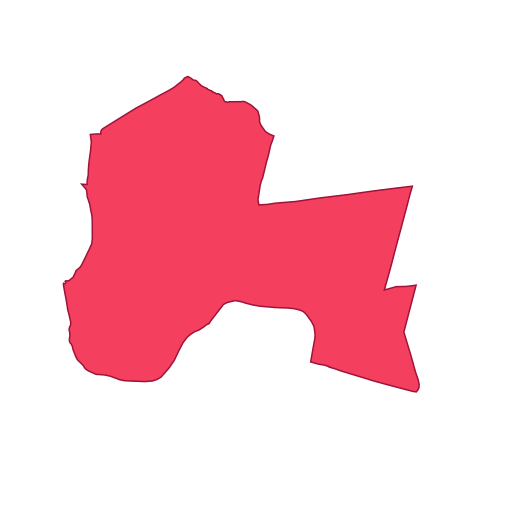 outline of Kota Tanjung Balai, Sumatera Utara, Indonesia, rotated 105°
{"feature_id": "22746128B91306693093612", "entity_name": "Kota Tanjung Balai", "entity_type": "district", "adm_level": 2, "iso_a3": "IDN", "parent_name": "Indonesia", "parent_adm1": "Sumatera Utara", "projection": "mercator", "projection_center": [99.797, 2.973], "detail": "fine", "context": "isolated", "style": "filled", "palette": "rose", "viewbox_px": 512, "rotation_deg": 105, "n_neighbors": 0, "source": "geoboundaries", "source_scale": "gbopen_adm2", "svg_char_len": 5912}
<svg xmlns="http://www.w3.org/2000/svg" viewBox="0 0 512 512"><g transform="rotate(105 256 256)"><path d="M291.8,93.2L291.3,93.5L242.7,93.8L244.6,98.1L246.6,103.3L249.3,112.6L255.6,123.2L251.2,123.1L250.5,123.6L249.8,123.2L249.7,123.2L243.3,123.1L236.6,123.0L225.3,123.0L217.7,123.1L212.4,123.1L200.0,123.1L197.2,123.1L196.3,123.1L176.6,123.1L172.1,123.1L170.2,123.1L166.2,123.1L162.9,123.2L158.9,123.2L154.7,123.2L151.9,123.1L148.1,123.0L152.9,135.1L156.6,144.2L159.1,150.3L159.6,151.7L162.1,157.7L162.3,158.3L173.3,184.2L182.9,208.1L184.2,211.2L193.0,231.6L193.1,231.8L199.2,248.9L199.7,250.3L201.1,253.6L203.1,258.1L205.9,266.4L201.1,268.7L200.9,268.7L192.4,269.6L186.2,270.3L181.0,270.2L178.9,269.8L166.7,270.1L162.2,270.2L155.4,270.1L154.3,270.1L145.2,270.5L140.1,270.0L135.4,269.8L135.0,273.5L134.8,274.3L134.8,274.6L134.6,275.1L134.1,277.0L133.8,277.8L133.3,279.1L132.9,279.7L132.8,279.9L131.8,280.9L130.8,282.3L129.8,283.3L128.8,284.5L127.7,285.6L127.3,286.0L126.3,286.6L125.7,287.1L124.0,287.8L123.9,287.8L123.0,287.9L121.9,288.3L121.0,288.6L120.6,288.8L119.6,289.3L118.4,290.0L117.9,290.3L116.5,291.1L115.4,292.0L114.8,292.9L114.3,294.0L113.7,295.2L113.1,296.6L112.2,298.0L111.8,299.2L111.2,300.7L110.9,302.2L110.7,302.8L110.6,303.3L110.3,304.6L110.1,305.6L109.9,307.1L110.1,308.8L110.9,310.6L111.4,312.5L113.4,319.8L114.0,321.9L115.0,323.2L114.7,324.2L114.8,325.0L115.0,325.6L114.8,326.4L114.1,327.1L113.6,327.5L113.2,327.7L112.9,327.9L112.5,328.3L112.0,328.7L111.1,329.7L110.8,329.9L110.0,330.5L109.8,331.3L109.5,331.8L109.4,332.0L109.4,332.6L109.3,333.0L109.2,333.3L109.1,333.7L109.0,334.2L109.1,334.5L109.2,335.2L109.4,335.5L109.5,335.8L109.6,336.1L109.6,336.3L109.4,336.6L109.1,337.5L109.0,337.9L109.0,338.7L109.2,339.4L109.1,339.5L108.9,339.7L108.5,340.0L108.5,340.5L108.5,341.1L108.3,341.3L108.2,341.5L107.9,341.8L107.9,342.3L108.0,342.8L107.9,343.5L107.7,344.2L107.5,345.6L107.3,346.1L106.9,346.3L106.8,346.9L106.3,350.4L106.2,350.7L106.1,351.0L105.7,352.8L104.3,355.3L104.1,355.8L102.9,357.6L102.0,359.2L102.2,362.5L101.3,364.2L101.2,364.6L100.3,367.7L100.4,368.1L100.5,368.7L101.4,369.8L102.1,370.3L102.3,370.7L102.4,371.0L103.0,371.4L104.3,371.7L107.6,373.8L110.0,375.7L111.4,376.7L112.1,377.2L112.5,377.5L113.8,378.4L117.3,381.7L117.9,382.3L122.4,387.0L125.4,390.3L135.0,400.3L141.4,407.2L144.1,410.1L146.3,412.2L171.9,436.2L173.5,437.5L174.3,437.8L175.5,438.1L177.0,437.9L178.3,437.4L179.5,442.0L181.5,447.5L184.9,446.0L186.5,445.5L187.5,444.9L189.7,444.3L192.6,443.9L196.4,443.2L206.4,441.9L211.2,441.2L216.3,440.2L221.4,439.0L225.2,438.8L228.3,438.3L230.5,437.6L230.7,438.3L230.9,439.0L231.1,439.8L231.2,440.5L231.4,441.3L231.6,442.0L231.7,443.0L232.5,442.0L232.9,441.2L233.4,440.3L233.9,439.7L234.6,438.8L235.0,438.2L235.4,437.6L235.9,437.1L236.3,436.8L236.9,436.5L237.6,436.2L238.3,435.9L239.0,435.6L239.7,435.3L240.7,435.0L242.1,434.5L242.6,434.3L243.2,433.9L243.8,433.5L245.1,432.5L246.1,432.0L246.9,431.5L247.7,430.9L248.3,430.4L250.6,429.3L251.1,429.1L251.6,428.9L252.1,428.6L252.5,428.3L254.1,427.7L255.0,427.3L255.7,426.8L259.7,424.9L262.8,423.8L264.8,423.2L273.9,420.7L281.3,418.7L286.5,417.8L293.3,418.9L296.7,419.6L299.5,420.1L302.1,420.6L309.6,422.1L312.6,423.1L315.6,425.3L316.9,426.1L319.5,426.3L321.8,426.9L323.7,427.0L325.9,428.7L328.5,430.5L328.5,431.3L329.1,432.4L329.2,433.5L329.9,433.8L330.6,432.9L332.1,433.2L332.4,433.8L332.2,434.8L333.1,434.8L336.0,433.5L348.0,427.8L352.8,425.6L356.6,424.0L359.8,422.1L367.7,417.9L370.9,417.2L372.8,417.7L375.1,417.6L376.5,417.1L377.9,416.2L379.2,415.8L381.6,415.0L383.7,414.9L385.7,414.5L386.4,414.2L386.5,414.2L387.9,413.2L389.0,411.6L390.9,410.0L393.9,408.4L396.6,406.4L397.0,406.1L399.6,404.2L401.6,402.5L403.0,400.8L404.0,398.8L404.6,397.8L404.7,397.6L406.8,394.1L408.2,392.9L409.3,391.3L410.3,388.3L411.7,379.9L410.1,371.6L409.8,365.6L410.7,356.4L410.8,355.0L410.4,350.2L408.5,341.4L408.4,341.3L408.0,339.5L407.1,335.5L406.8,334.1L406.7,333.7L406.2,331.2L404.8,327.3L403.5,323.6L401.1,320.0L401.0,319.8L398.9,317.7L397.9,316.7L397.6,316.5L397.4,316.3L393.4,314.3L392.3,313.7L389.9,312.6L386.7,311.0L378.2,308.0L367.0,305.9L358.5,304.0L352.4,301.5L348.4,298.8L344.9,295.5L344.5,295.0L342.5,292.2L342.4,292.1L338.6,288.6L336.9,287.2L335.1,286.0L333.7,284.0L329.1,282.4L311.3,274.9L311.0,274.6L310.0,273.6L308.4,271.8L304.5,264.7L304.3,262.7L304.1,259.7L304.0,258.8L304.0,257.0L304.1,256.1L304.2,254.1L304.2,252.6L304.1,246.2L303.9,244.0L303.7,241.6L303.6,241.0L303.5,239.5L302.2,231.9L301.4,227.7L301.1,225.8L301.1,225.3L300.9,224.6L300.3,221.9L299.1,216.4L299.1,216.2L298.9,215.7L298.8,215.2L298.5,214.0L298.2,213.1L298.2,212.7L297.7,210.1L297.6,209.8L297.6,209.4L297.3,207.2L297.0,205.5L297.0,204.3L297.0,204.1L296.9,203.4L296.9,202.7L296.9,201.9L296.9,200.9L296.9,200.5L296.9,200.1L297.0,198.5L297.1,197.9L297.3,196.8L297.3,196.7L297.6,195.8L298.0,194.7L298.4,194.1L298.6,193.6L298.8,193.3L298.9,193.1L299.4,192.4L299.5,192.1L300.2,191.4L300.5,190.9L300.7,190.7L301.0,190.3L301.2,190.0L301.6,189.4L302.1,188.9L302.8,188.2L303.8,186.9L304.8,185.7L306.3,184.2L307.4,183.2L309.0,181.9L309.4,181.7L310.1,181.3L311.4,180.7L312.9,180.1L314.2,179.5L316.1,178.8L317.4,178.4L317.7,178.3L318.4,178.2L318.8,178.2L319.1,178.0L319.6,177.9L320.4,177.8L324.7,177.5L344.2,175.8L344.3,167.7L343.7,161.5L343.7,161.2L343.7,160.6L343.7,160.2L343.8,159.8L343.8,159.7L344.0,159.0L343.7,158.2L343.9,157.6L343.9,157.0L344.1,156.5L344.5,156.4L344.2,155.8L344.2,155.1L344.5,154.5L344.4,152.9L344.5,151.8L344.5,150.3L345.0,144.8L345.8,121.4L345.9,118.0L346.0,114.8L346.1,113.4L346.2,110.7L346.3,98.6L346.3,93.2L346.2,69.5L345.8,66.0L343.6,65.0L341.0,64.5L337.7,65.2L334.2,67.0L333.1,67.6L331.8,68.5L328.3,70.9L328.0,71.1L327.8,71.2L327.4,71.5L326.9,71.8L324.9,73.0L321.2,75.2L317.9,77.1L316.1,78.2L311.9,80.7L301.7,87.0L299.8,88.2L298.4,89.0L295.4,90.9L292.5,92.7L292.3,92.8L291.8,93.2Z" fill="#f43f5e" stroke="#9f1239" stroke-width="1.5"/></g></svg>